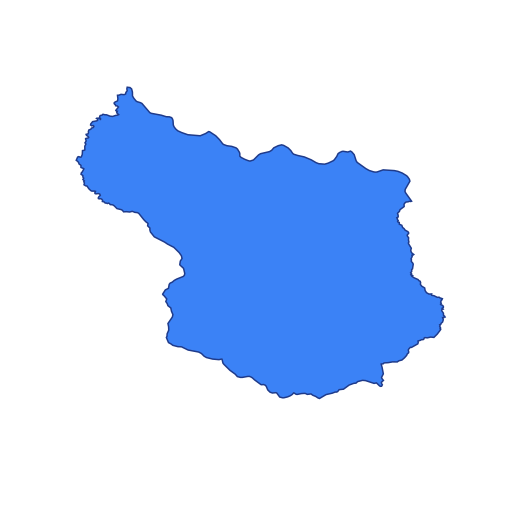 Anzá, Antioquia, Colombia, rotated 285°
{"feature_id": "7082276B98317886135707", "entity_name": "Anzá", "entity_type": "district", "adm_level": 2, "iso_a3": "COL", "parent_name": "Colombia", "parent_adm1": "Antioquia", "projection": "equal_earth", "projection_center": [-75.914, 6.314], "detail": "fine", "context": "isolated", "style": "filled", "palette": "blue", "viewbox_px": 512, "rotation_deg": 285, "n_neighbors": 0, "source": "geoboundaries", "source_scale": "gbopen_adm2", "svg_char_len": 6030}
<svg xmlns="http://www.w3.org/2000/svg" viewBox="0 0 512 512"><g transform="rotate(285 256 256)"><path d="M385.7,87.9L384.0,88.0L382.3,88.8L380.3,88.0L378.7,88.1L377.7,86.8L377.2,83.7L376.0,82.2L375.4,80.6L372.1,81.9L370.2,82.1L369.7,81.8L368.3,80.0L367.0,79.3L366.1,80.0L365.8,81.0L364.8,81.5L365.0,83.2L364.3,84.6L360.4,82.9L359.7,83.8L359.9,84.6L358.3,84.4L357.0,86.7L356.2,85.8L355.5,84.1L353.7,81.4L353.3,78.8L353.7,75.2L353.3,73.4L353.3,71.5L352.2,70.8L351.4,69.2L350.6,68.9L349.2,69.1L348.3,70.4L347.8,70.4L348.5,68.5L347.8,66.4L347.6,66.3L347.4,67.5L346.2,67.9L345.4,67.3L343.5,63.4L340.8,62.2L339.7,62.3L339.2,63.6L339.9,64.9L339.5,65.7L338.9,65.9L337.8,65.4L337.0,64.0L335.6,63.6L334.6,62.0L333.1,61.8L331.7,62.3L330.6,62.2L329.5,60.4L328.7,61.0L327.9,63.2L327.2,63.7L326.6,63.3L325.4,61.1L325.0,61.0L323.2,62.2L321.0,61.5L320.6,62.3L320.0,62.7L317.8,62.2L314.2,63.2L313.6,62.6L312.9,61.1L309.2,61.9L306.5,61.6L306.0,61.0L306.1,59.0L305.4,58.1L301.9,57.6L301.3,59.2L300.5,60.3L298.9,61.5L298.6,62.9L298.1,63.5L296.2,64.0L295.9,66.7L295.6,67.2L292.2,66.4L291.3,65.8L289.7,65.8L288.9,67.9L287.4,68.4L286.6,69.4L285.1,69.0L284.1,70.8L283.2,70.4L282.1,71.4L280.3,71.4L279.7,73.3L279.8,74.7L277.7,77.1L276.4,79.5L276.2,80.6L276.9,83.3L276.9,84.2L275.3,84.0L274.7,84.3L274.6,85.3L275.5,87.6L275.4,89.0L274.3,89.9L272.6,88.9L271.2,88.6L270.7,88.9L270.6,89.7L271.1,91.1L271.0,92.2L270.0,93.5L268.9,93.5L268.9,95.5L268.1,96.6L268.4,97.8L268.2,98.8L268.9,99.7L268.8,100.7L267.9,101.9L268.3,103.8L268.2,104.9L267.7,106.2L265.8,109.4L265.9,114.1L265.4,115.3L264.4,116.7L265.3,119.5L265.8,122.6L267.0,124.7L267.1,125.5L266.8,127.6L267.2,130.3L266.8,131.8L262.0,138.3L260.5,140.8L259.7,142.9L259.4,143.3L257.1,143.5L255.5,146.3L253.8,146.7L251.9,147.8L248.2,152.8L245.8,164.0L244.6,167.5L243.1,174.4L239.4,180.9L236.9,183.9L234.4,185.2L231.5,184.2L228.0,184.6L227.5,185.0L225.5,188.9L225.0,189.4L220.7,191.7L218.7,191.8L217.4,191.0L213.3,185.5L211.3,183.4L209.1,181.9L207.6,180.1L206.2,179.5L202.1,179.8L199.8,177.2L195.0,175.7L194.5,176.1L193.8,177.5L191.4,180.9L188.6,180.7L187.1,182.5L185.2,183.8L183.8,187.1L180.7,188.7L177.9,190.9L175.4,191.0L168.0,188.4L165.0,189.9L161.8,190.9L157.8,190.3L155.4,190.8L154.1,190.5L149.7,193.9L149.1,196.5L148.2,198.8L148.2,204.0L149.0,207.5L147.6,214.8L148.4,225.5L147.7,228.5L145.8,231.8L145.1,234.4L145.2,240.7L146.3,247.1L147.4,249.1L147.5,249.9L144.0,251.8L143.0,253.1L138.8,260.5L136.5,266.5L134.7,269.2L134.7,272.3L135.2,274.2L137.5,279.1L138.0,280.7L137.9,282.1L137.4,284.0L136.0,286.6L133.1,294.0L133.1,294.7L133.8,296.6L133.6,298.3L132.8,299.6L129.7,302.0L128.1,304.8L127.9,307.3L129.1,310.5L129.1,311.4L125.9,315.4L125.9,318.3L126.2,319.5L128.1,323.0L129.9,325.3L131.6,326.8L133.5,327.8L133.5,328.4L132.8,330.5L133.0,331.7L134.8,335.3L135.8,338.2L136.0,339.4L135.6,341.3L137.0,344.8L136.2,346.9L135.8,350.1L135.0,352.4L134.8,354.2L140.3,359.6L143.2,365.1L145.0,367.6L145.5,369.2L146.2,370.0L148.4,370.9L150.0,375.0L155.5,379.4L158.3,383.4L159.1,385.5L161.0,386.7L163.5,391.1L164.0,394.1L163.5,403.0L164.6,405.2L162.5,409.0L162.3,409.9L162.7,411.0L164.3,411.4L165.3,410.3L166.5,409.8L168.8,411.3L170.3,409.3L171.3,408.7L175.1,409.5L180.9,406.7L184.0,404.9L184.9,406.9L185.9,407.4L187.2,411.3L189.1,415.4L190.2,419.8L191.8,421.2L193.3,423.9L196.1,425.8L198.9,427.2L200.7,427.5L201.9,428.4L202.8,428.4L204.6,427.4L205.8,427.7L207.7,428.7L208.0,429.9L213.0,435.0L214.3,435.1L215.8,434.5L217.1,436.6L218.0,437.5L218.5,439.1L219.1,439.6L220.3,439.7L220.9,440.3L221.3,442.7L222.9,445.7L223.4,448.9L227.5,451.3L232.5,453.3L232.8,453.4L233.4,452.6L234.2,453.0L235.3,451.7L236.1,451.9L237.1,451.2L237.8,452.2L238.8,452.2L240.5,453.3L242.9,453.4L244.8,452.2L245.0,453.3L245.6,453.4L246.0,454.4L246.6,453.9L247.2,452.5L249.3,451.8L251.3,449.5L252.7,449.4L253.1,450.4L253.8,449.4L254.7,450.3L255.9,450.0L256.6,448.9L256.9,447.0L257.2,446.7L258.3,447.2L259.2,446.3L261.6,446.5L261.7,446.9L263.0,447.1L263.2,444.2L263.6,443.6L263.0,441.7L263.7,438.3L263.5,435.9L263.9,435.5L264.8,435.5L264.0,432.9L264.7,430.2L266.4,428.3L268.8,427.2L269.8,423.8L271.2,422.1L272.9,421.9L274.1,421.1L274.3,419.9L275.2,418.6L275.9,414.2L276.8,411.7L277.2,411.3L277.6,412.1L278.3,410.4L279.0,410.9L279.9,409.7L281.2,410.4L283.2,409.9L284.1,410.5L288.7,410.0L289.5,409.5L291.0,407.4L292.7,407.1L293.3,406.5L295.9,407.0L297.1,406.4L297.6,407.5L298.3,408.0L299.1,406.0L300.1,404.8L301.6,404.0L303.7,404.0L307.4,400.1L308.4,399.8L309.1,400.1L310.9,399.1L313.1,398.7L314.4,397.1L315.1,396.7L316.0,396.8L317.1,397.6L318.0,397.4L318.8,396.5L319.6,393.3L320.8,391.9L321.5,390.2L323.4,388.9L323.8,386.2L325.5,385.7L325.5,384.5L325.9,383.9L327.1,384.2L327.7,383.2L328.3,383.1L329.4,382.1L330.3,383.1L330.7,383.2L332.3,382.7L333.6,381.7L334.2,381.8L336.2,383.0L338.0,383.1L342.1,386.3L344.3,385.6L345.4,385.9L347.0,387.0L347.7,388.9L348.5,389.9L348.7,391.4L349.2,392.1L355.6,384.3L356.9,383.2L359.0,382.9L368.1,385.3L369.8,384.3L371.6,382.2L372.5,380.8L374.0,375.7L374.5,371.2L374.3,367.5L372.1,356.5L368.5,351.2L367.9,349.6L367.7,347.8L367.9,343.2L368.8,339.6L372.6,329.5L374.0,328.0L379.3,324.6L381.3,321.7L381.8,320.1L380.2,317.8L379.7,313.0L379.2,311.9L377.6,310.0L376.2,308.8L373.0,308.2L369.1,306.7L367.9,305.8L364.4,301.7L362.5,298.6L361.4,292.8L361.7,289.9L363.2,284.4L364.2,277.0L363.9,270.1L364.1,265.9L364.9,264.5L366.8,262.4L368.7,259.1L370.0,254.1L370.0,252.0L368.3,248.9L365.1,245.2L362.2,243.8L360.3,242.0L356.0,233.9L354.3,232.3L348.1,228.7L346.1,225.6L346.1,223.4L346.5,220.0L347.4,216.0L348.3,214.5L350.6,213.9L351.8,213.2L354.5,210.4L355.3,208.7L355.6,204.2L355.0,199.4L355.3,195.9L355.8,194.7L358.9,190.7L361.7,186.0L364.0,179.1L363.9,178.0L361.3,175.7L357.7,171.0L355.5,158.8L356.0,152.1L356.7,148.0L358.0,145.4L359.7,143.3L361.2,142.2L365.3,140.8L366.6,140.0L367.8,138.7L368.0,136.3L367.3,133.3L367.5,128.1L366.7,117.9L367.0,116.3L373.8,106.4L374.2,104.8L374.3,101.2L374.7,100.0L376.7,97.2L378.6,95.3L382.4,94.2L385.2,92.6L386.1,90.7L385.7,87.9Z" fill="#3b82f6" stroke="#1e3a8a" stroke-width="1.5"/></g></svg>